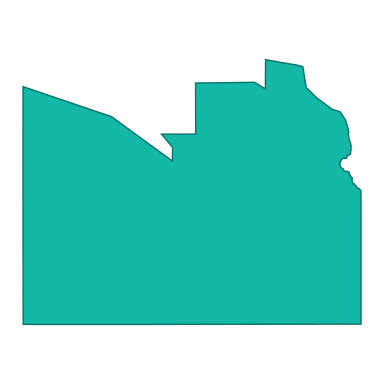 outline of Nipa/Kutubu District, Southern Highlands, Papua New Guinea
{"feature_id": "67681753B17262942847842", "entity_name": "Nipa/Kutubu District", "entity_type": "district", "adm_level": 2, "iso_a3": "PNG", "parent_name": "Papua New Guinea", "parent_adm1": "Southern Highlands", "projection": "robinson", "projection_center": [143.536, -6.456], "detail": "fine", "context": "isolated", "style": "filled", "palette": "teal", "viewbox_px": 384, "rotation_deg": 0, "n_neighbors": 0, "source": "geoboundaries", "source_scale": "gbopen_adm2", "svg_char_len": 1185}
<svg xmlns="http://www.w3.org/2000/svg" viewBox="0 0 384 384"><path d="M306.2,87.6L302.8,66.6L295.9,64.9L290.6,64.1L281.7,62.6L265.6,59.6L265.4,89.0L254.6,82.3L195.6,83.1L195.7,123.7L195.8,134.1L161.6,134.2L172.6,147.4L172.4,161.1L111.5,116.7L23.1,86.7L23.0,162.5L23.2,324.4L142.3,324.4L349.2,324.1L361.0,324.1L361.0,214.8L360.9,191.9L360.8,190.1L359.7,189.5L358.5,188.2L357.3,188.2L356.0,185.8L355.2,185.2L354.3,183.9L353.4,184.0L352.9,182.8L351.9,181.7L352.4,180.0L351.8,179.1L352.4,178.0L351.0,176.9L349.9,174.6L349.0,174.2L349.2,172.3L348.1,171.9L347.1,171.3L345.4,171.4L344.6,171.1L343.5,169.8L343.0,169.6L343.0,168.5L341.7,168.4L340.5,166.8L340.2,165.8L339.6,165.7L339.5,165.2L340.1,164.3L339.5,162.6L340.3,162.7L341.3,159.7L342.1,159.3L342.9,157.9L345.2,158.5L346.5,158.2L347.2,155.5L348.6,155.2L349.5,154.8L350.6,154.0L350.7,151.1L351.0,150.1L350.9,147.7L351.2,146.6L350.8,145.4L350.8,144.1L350.3,143.2L350.5,142.4L349.8,141.8L349.8,140.9L349.4,140.5L349.1,138.9L348.6,137.9L348.8,136.0L348.2,134.4L348.7,132.7L348.8,131.8L348.2,129.8L348.2,128.7L347.9,128.3L345.5,120.0L340.1,111.8L332.3,109.4L316.7,97.8L306.2,87.6Z" fill="#14b8a6" stroke="#0f766e" stroke-width="1.5"/></svg>